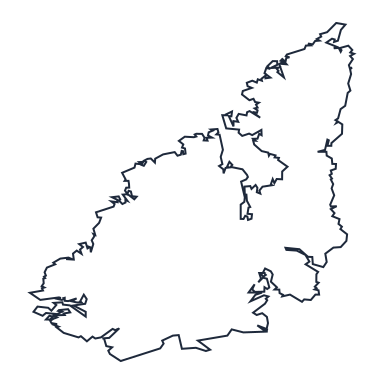 Sveio nor, Hordaland, Norway
{"feature_id": "86288312B67781995425218", "entity_name": "Sveio nor", "entity_type": "district", "adm_level": 2, "iso_a3": "NOR", "parent_name": "Norway", "parent_adm1": "Hordaland", "projection": "natural_earth1", "projection_center": [5.405, 59.605], "detail": "fine", "context": "isolated", "style": "outline", "palette": "slate", "viewbox_px": 384, "rotation_deg": 0, "n_neighbors": 0, "source": "geoboundaries", "source_scale": "gbopen_adm2", "svg_char_len": 5947}
<svg xmlns="http://www.w3.org/2000/svg" viewBox="0 0 384 384"><path d="M205.9,351.0L210.1,349.7L197.9,340.6L227.4,335.6L231.7,329.4L243.4,332.4L266.6,331.6L267.0,329.8L263.6,330.0L257.3,325.4L266.6,329.0L268.0,323.1L266.9,316.9L262.2,313.2L256.7,315.0L253.1,312.7L265.0,303.7L267.2,300.2L265.8,298.8L268.4,296.5L264.0,295.3L250.5,301.3L255.4,294.8L262.0,292.6L248.6,292.5L254.6,284.3L252.2,289.4L254.9,291.9L264.3,291.7L264.5,287.2L267.2,289.0L269.3,287.5L266.9,278.7L262.9,277.7L258.3,282.3L261.0,278.6L259.2,273.0L262.8,273.0L260.8,274.2L263.4,276.6L265.8,274.9L263.2,272.2L265.1,268.5L270.8,271.3L272.7,274.5L270.9,281.7L276.9,287.3L274.6,289.5L279.3,289.6L279.6,293.1L283.0,294.8L282.2,296.4L290.0,294.6L302.0,301.8L304.2,299.4L310.8,300.0L315.4,294.6L319.1,294.6L318.5,290.3L314.7,289.4L316.6,288.2L314.8,286.7L318.6,282.7L316.3,281.9L316.4,274.3L318.1,271.9L305.6,264.3L309.4,261.6L305.4,254.9L296.7,250.6L286.4,249.9L285.5,247.8L299.4,249.2L308.0,256.8L312.3,257.0L312.8,264.1L323.3,267.1L326.7,262.0L325.3,253.7L333.4,247.6L340.7,247.1L346.4,240.9L347.1,234.3L340.4,229.1L341.9,226.7L338.5,223.9L339.5,219.1L332.3,216.2L334.5,213.1L330.8,209.1L336.7,206.2L330.9,206.5L330.2,204.7L334.2,195.3L331.6,188.4L333.2,184.1L330.8,179.4L332.0,178.6L329.6,175.2L331.8,173.8L330.8,170.5L335.7,168.8L336.0,164.0L332.3,163.9L331.8,158.5L326.7,155.6L326.4,151.8L317.6,151.8L325.0,149.9L327.4,139.6L328.8,140.3L327.4,145.8L331.3,145.8L331.4,143.1L342.0,133.8L342.3,124.4L338.4,121.9L336.2,123.1L337.4,121.2L335.5,120.1L338.1,118.4L340.6,109.1L345.2,105.8L347.7,92.9L350.4,90.6L348.2,83.5L351.1,74.1L350.1,69.3L352.0,67.6L349.8,68.2L348.9,65.1L352.9,59.1L350.1,56.0L354.1,53.8L350.3,52.5L352.3,50.0L348.3,45.7L339.7,48.1L341.5,50.2L340.7,51.8L338.7,47.9L333.8,48.3L336.7,46.8L326.3,42.6L332.0,38.7L334.7,39.5L334.1,41.9L337.9,40.7L340.9,29.9L345.4,24.6L336.2,23.0L327.1,32.2L320.1,34.2L321.2,36.6L316.8,39.0L319.4,40.6L315.1,41.0L312.7,44.4L308.1,43.5L310.5,45.4L305.9,45.6L304.5,49.0L286.9,54.5L285.8,56.2L289.5,57.3L286.3,58.0L285.5,61.7L282.3,59.0L280.6,60.8L284.6,62.5L285.1,63.3L286.0,63.6L286.6,64.3L281.9,63.9L282.4,62.2L279.2,64.0L283.9,77.4L277.4,72.1L278.5,70.9L276.8,68.9L278.6,67.6L270.7,68.0L277.3,64.8L277.1,61.2L272.7,61.1L267.3,66.3L270.3,68.9L266.3,68.0L264.5,73.2L270.4,77.6L265.5,78.3L265.8,75.4L261.4,78.8L261.9,80.7L257.8,79.3L256.8,82.6L252.3,80.7L246.8,82.8L247.6,86.2L251.8,87.9L242.8,91.0L242.0,94.5L249.4,100.2L253.5,98.8L255.1,102.0L258.8,102.7L256.0,104.6L257.6,107.6L254.7,108.4L257.6,110.4L257.0,112.7L252.6,112.0L260.2,117.7L249.6,111.1L247.1,112.2L246.5,115.4L238.7,113.9L236.4,117.9L238.2,121.8L233.5,121.1L233.5,126.4L228.8,116.1L231.4,116.3L232.0,111.5L226.2,114.3L227.2,115.3L222.3,115.2L226.2,128.4L239.1,129.6L238.6,132.7L242.2,135.9L249.1,133.6L252.2,135.1L261.4,129.9L261.6,135.2L259.2,133.8L257.5,138.7L253.3,138.8L255.5,140.7L253.1,140.5L254.2,144.5L261.7,151.1L268.2,152.6L268.9,155.7L270.0,153.9L275.5,155.4L274.6,157.4L278.9,157.9L278.1,160.0L287.5,166.7L282.2,171.5L282.1,179.3L276.7,179.0L274.4,183.1L272.7,179.1L270.8,184.5L272.1,185.2L262.5,186.7L259.4,190.6L260.3,193.6L256.8,192.2L257.4,187.8L255.6,185.0L251.5,188.9L250.3,186.1L244.5,186.6L244.8,194.5L246.4,194.6L246.9,200.8L250.2,207.0L248.5,207.6L247.5,213.8L252.0,214.2L251.5,218.7L248.0,219.9L247.4,216.6L245.2,215.8L243.5,219.0L240.7,218.9L240.7,204.6L244.3,201.9L244.8,197.4L241.1,181.6L246.2,179.4L247.9,177.0L247.0,174.9L242.5,169.3L230.6,166.9L232.3,164.9L229.4,161.8L227.2,166.5L229.1,167.5L225.6,167.9L223.6,173.4L223.3,169.3L219.1,166.0L222.4,164.1L220.7,156.9L222.9,149.8L219.6,134.7L216.4,134.4L218.4,132.4L217.5,129.0L211.0,129.5L212.8,130.6L208.7,132.3L208.0,135.5L212.0,137.6L206.6,137.8L207.5,140.6L203.7,140.4L204.6,137.9L202.1,133.9L196.3,133.8L194.7,134.5L196.3,136.5L193.9,137.2L184.8,136.7L178.9,140.9L183.3,144.4L182.0,147.6L185.0,148.5L185.6,153.6L183.3,154.2L183.0,151.2L181.7,150.9L180.8,154.7L177.5,155.7L174.7,152.1L163.1,154.4L155.2,158.7L154.9,162.6L150.8,158.5L147.5,158.9L144.2,160.6L146.2,162.0L143.8,165.8L141.5,164.9L143.2,161.9L139.1,162.1L141.4,164.3L135.5,163.6L134.5,167.6L122.1,172.8L125.6,179.4L124.6,180.9L128.5,180.9L129.0,184.0L129.2,187.6L126.2,187.7L125.0,190.6L127.4,194.0L128.6,190.8L130.9,191.5L132.0,196.2L136.6,196.7L134.3,199.3L127.7,194.2L122.8,194.6L127.5,200.9L125.4,200.0L125.5,202.5L122.4,204.0L118.7,200.3L120.2,199.5L118.7,196.4L112.0,197.2L117.1,199.7L117.6,202.2L111.3,201.4L114.6,204.0L113.6,206.6L96.0,212.3L97.6,217.3L101.1,217.6L99.1,222.9L93.4,228.7L95.2,234.9L93.5,234.2L94.5,236.0L91.7,240.3L93.3,244.0L90.8,252.3L90.4,247.3L87.9,246.4L88.7,247.7L87.5,248.4L85.7,242.6L79.2,244.1L83.0,247.0L80.0,249.6L81.5,253.8L76.7,250.6L73.0,253.6L73.8,259.6L66.1,259.1L69.9,258.2L68.5,257.6L60.3,258.6L53.3,262.7L55.2,264.3L46.9,267.6L44.6,272.3L45.9,275.6L44.0,276.7L45.1,278.1L43.3,278.7L43.7,283.3L41.7,286.2L44.3,287.5L41.9,288.3L43.0,290.5L29.9,292.8L40.3,299.9L59.0,297.4L60.9,298.0L56.9,298.2L56.4,298.7L61.9,299.9L64.2,298.8L63.6,298.1L64.7,297.8L64.7,300.8L68.2,301.1L76.6,298.4L71.7,301.3L77.1,302.5L81.3,302.2L80.3,301.1L83.8,294.7L86.7,299.1L85.2,303.8L73.5,305.5L85.7,311.8L85.7,316.6L69.9,305.4L63.0,304.6L62.3,302.3L53.7,302.9L56.3,305.0L51.4,310.7L48.2,307.8L37.5,306.6L33.5,311.8L42.6,315.8L46.0,313.0L57.3,314.1L61.8,311.7L58.1,310.9L58.9,310.1L68.1,309.2L70.2,312.4L63.7,313.5L64.7,315.0L52.6,315.4L57.0,317.4L54.5,318.4L50.9,318.6L52.9,316.6L49.4,315.8L46.0,319.5L52.0,319.7L50.2,320.8L51.5,323.1L57.1,324.1L54.0,324.9L58.4,326.6L56.4,327.2L63.7,332.9L78.5,337.4L80.9,336.2L86.9,341.3L92.5,336.6L95.3,338.5L100.9,337.4L112.6,328.9L115.3,330.2L117.2,329.2L119.0,328.6L119.4,328.2L109.2,337.9L102.4,338.4L104.1,338.6L106.3,346.1L112.1,347.3L108.3,350.7L109.9,354.0L120.7,361.0L160.2,348.4L163.6,343.6L162.2,340.6L172.9,335.6L178.7,335.1L181.9,348.8L195.9,347.8L205.9,351.0ZM266.7,331.6L267.7,331.3L266.6,331.6L266.7,331.6Z" fill="none" stroke="#1e293b" stroke-width="2"/></svg>